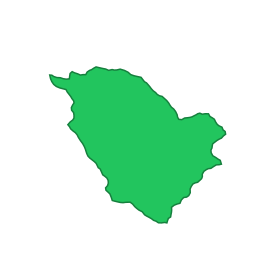 outline of São Francisco de Paula, Minas Gerais, Brazil, rotated 312°
{"feature_id": "56859067B89224130991777", "entity_name": "São Francisco de Paula", "entity_type": "district", "adm_level": 2, "iso_a3": "BRA", "parent_name": "Brazil", "parent_adm1": "Minas Gerais", "projection": "mercator", "projection_center": [-44.994, -20.695], "detail": "fine", "context": "isolated", "style": "filled", "palette": "green", "viewbox_px": 256, "rotation_deg": 312, "n_neighbors": 0, "source": "geoboundaries", "source_scale": "gbopen_adm2", "svg_char_len": 2467}
<svg xmlns="http://www.w3.org/2000/svg" viewBox="0 0 256 256"><g transform="rotate(312 128 128)"><path d="M63.6,164.8L64.7,167.0L66.1,169.6L67.6,172.2L69.2,174.3L71.0,175.8L72.5,177.3L74.3,179.2L74.6,182.3L74.1,185.6L74.1,188.1L74.3,191.0L75.3,194.6L74.6,198.4L75.0,200.6L75.7,203.3L76.3,206.1L76.5,208.8L77.5,211.2L77.9,214.0L79.8,216.3L82.3,218.4L83.5,220.4L85.6,219.4L87.8,218.5L90.4,219.2L92.4,217.9L94.6,216.6L96.3,215.3L98.2,213.4L101.6,214.0L104.6,215.5L106.8,217.0L110.2,215.8L113.6,215.9L115.9,217.8L118.4,218.4L121.5,217.6L124.2,215.0L126.9,214.1L129.8,213.7L132.1,214.6L134.3,216.1L137.2,216.4L139.6,216.6L141.6,215.8L143.4,214.1L146.6,213.4L149.3,214.0L151.4,214.8L153.5,216.6L156.7,217.4L159.7,218.3L161.7,220.3L163.6,221.6L165.7,218.2L165.1,215.5L164.8,212.9L164.1,209.6L165.3,206.3L167.1,204.4L169.3,203.8L171.2,202.5L172.9,201.5L175.1,201.9L178.4,202.5L180.9,203.3L183.0,204.2L186.0,204.2L188.7,204.7L190.4,202.5L190.2,199.9L191.5,197.3L190.5,194.1L190.4,191.9L191.1,189.1L192.3,186.3L191.9,183.5L191.4,181.2L192.4,178.3L190.2,175.8L187.9,173.9L187.1,171.5L185.3,170.3L183.2,169.7L181.2,168.9L179.1,168.1L177.4,167.0L175.6,165.5L173.3,163.4L170.2,162.4L168.4,159.9L169.3,157.5L170.7,155.7L172.1,152.3L172.7,149.2L172.5,146.3L173.1,143.7L173.8,141.5L174.3,138.4L174.3,135.3L174.3,132.2L173.0,129.8L172.5,127.2L172.8,124.8L172.5,121.8L172.8,118.9L173.3,116.5L173.6,114.2L173.9,111.6L173.4,109.3L173.9,106.5L174.4,103.8L172.8,101.0L170.9,97.6L169.5,94.3L169.5,90.8L168.4,86.8L166.5,82.8L163.6,80.8L161.9,79.1L160.8,77.1L157.9,75.1L156.9,72.0L155.4,69.5L153.6,66.3L152.0,63.4L149.5,62.5L147.0,61.9L145.1,60.9L142.3,60.2L139.4,60.9L137.5,58.8L135.5,57.2L134.6,54.4L133.2,51.3L132.5,48.8L129.8,48.5L127.6,49.9L125.3,51.5L123.0,49.5L121.3,46.9L120.1,44.1L117.9,41.4L116.6,38.4L116.3,36.1L115.0,34.4L112.8,37.5L111.5,40.3L110.7,43.6L110.9,46.9L112.1,50.4L113.6,53.3L115.1,56.2L114.1,58.8L113.6,61.6L113.1,64.3L112.3,66.8L111.8,69.5L110.5,71.1L107.9,71.5L105.2,72.3L103.5,74.2L103.0,77.3L101.3,79.4L99.2,81.2L96.9,81.6L93.9,81.0L90.2,81.1L89.8,83.8L89.0,85.9L89.0,89.0L89.3,92.0L88.9,94.8L87.8,97.5L86.8,101.2L86.1,104.7L84.9,108.1L83.8,110.4L82.6,112.4L81.4,114.5L80.3,117.1L80.1,119.8L80.3,122.5L80.5,125.4L80.4,128.0L79.5,130.3L78.6,132.4L78.9,134.8L77.6,137.7L76.3,140.6L76.6,143.0L76.7,145.8L75.7,148.4L73.8,150.3L71.4,151.4L68.5,151.4L67.0,153.3L67.0,155.7L66.9,158.7L65.2,162.1L63.6,164.8Z" fill="#22c55e" stroke="#15803d" stroke-width="1.5"/></g></svg>